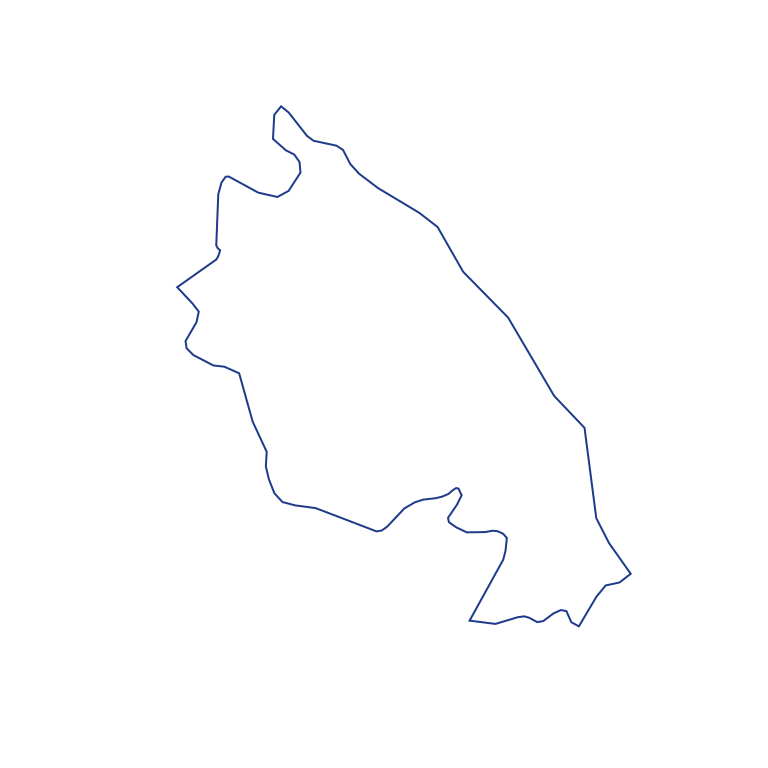 outline of Ciudad de la Habana, rotated 69°
{"feature_id": "CUB-1428", "entity_name": "Ciudad de la Habana", "entity_type": "Province", "adm_level": 1, "iso_a3": "CUB", "parent_name": "Cuba", "parent_adm1": "", "projection": "mercator", "projection_center": [-82.298, 23.071], "detail": "fine", "context": "isolated", "style": "outline", "palette": "blue", "viewbox_px": 768, "rotation_deg": 69, "n_neighbors": 0, "source": "natural_earth", "source_scale": "10m", "svg_char_len": 1301}
<svg xmlns="http://www.w3.org/2000/svg" viewBox="0 0 768 768"><g transform="rotate(69 384 384)"><path d="M87.9,380.6L96.4,375.7L124.7,367.0L131.7,362.6L144.5,342.9L150.8,338.4L166.7,336.6L178.8,331.9L198.9,319.4L236.9,289.7L256.7,277.7L307.6,269.9L366.6,244.3L456.2,229.4L496.8,212.5L585.3,233.9L613.3,230.9L649.6,221.7L653.7,235.3L651.5,249.2L658.6,261.8L680.1,288.9L673.5,294.5L661.4,295.1L658.4,300.0L658.9,307.9L662.4,320.3L661.2,326.3L654.3,332.2L651.2,336.2L649.7,342.5L647.9,366.0L635.6,388.9L590.7,335.6L583.2,330.3L571.8,324.5L566.6,326.4L562.2,330.6L559.9,335.2L558.5,342.6L552.1,360.0L543.7,367.9L536.3,372.9L531.9,372.2L522.8,359.1L515.7,351.4L508.4,351.9L507.0,353.9L507.8,357.8L509.7,363.1L510.0,369.9L509.1,376.9L506.0,388.7L505.5,397.6L507.5,409.7L518.3,432.1L520.0,438.7L518.9,443.8L475.3,492.4L465.5,510.4L457.8,521.1L446.7,525.5L431.5,525.6L418.8,523.9L405.2,517.8L372.2,520.1L322.1,515.4L310.6,526.9L305.6,536.6L288.7,551.6L279.9,555.5L272.8,553.9L259.1,536.9L250.1,531.0L240.3,533.9L219.5,542.4L207.7,496.0L205.0,492.6L200.5,489.1L197.6,490.6L194.4,490.9L147.4,470.7L137.8,463.6L133.7,457.5L134.8,454.5L160.3,432.8L171.2,416.5L169.5,403.8L156.7,386.2L146.4,383.3L137.6,385.6L130.6,391.9L115.4,399.8L93.4,390.0L87.9,380.6Z" fill="none" stroke="#1e3a8a" stroke-width="2"/></g></svg>